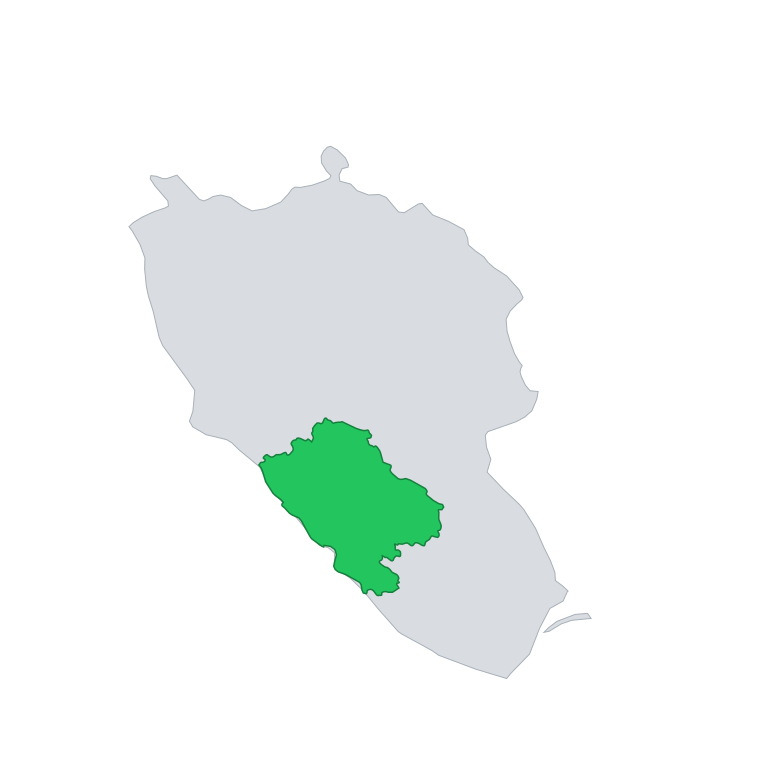 where Šiauliai sits in Lithuania, rotated 225°
{"feature_id": "LTU-1072", "entity_name": "Šiauliai", "entity_type": "County", "adm_level": 1, "iso_a3": "LTU", "parent_name": "Lithuania", "parent_adm1": "", "projection": "equal_earth", "projection_center": [23.21, 55.943], "detail": "fine", "context": "in_parent", "style": "filled", "palette": "green", "viewbox_px": 768, "rotation_deg": 225, "n_neighbors": 0, "source": "natural_earth", "source_scale": "10m", "svg_char_len": 6137}
<svg xmlns="http://www.w3.org/2000/svg" viewBox="0 0 768 768"><g transform="rotate(225 384 384)"><path d="M269.7,487.7L265.2,481.2L260.5,469.6L261.1,460.3L263.8,451.0L276.9,423.8L276.2,419.4L266.8,411.8L255.2,406.3L248.8,394.6L225.3,394.0L203.1,394.6L196.1,394.0L175.1,389.2L154.8,381.3L141.2,376.7L129.9,371.6L123.8,366.2L114.0,367.6L107.4,367.7L107.5,366.7L103.9,357.2L108.0,342.6L101.3,321.4L90.1,295.9L89.7,268.6L89.0,262.5L117.5,247.2L153.4,230.9L161.6,229.4L194.5,219.8L198.9,219.0L228.5,220.8L251.7,223.1L271.3,222.8L282.1,220.3L291.8,222.4L299.7,229.7L307.8,228.8L315.8,224.1L359.7,228.4L369.5,228.3L380.7,229.0L401.3,233.4L413.2,237.4L439.2,235.0L450.3,234.8L456.1,233.3L474.0,222.3L481.7,220.4L488.8,218.4L495.3,220.1L499.8,229.5L513.3,245.7L527.7,248.5L567.8,254.7L576.0,258.0L598.8,272.3L612.4,279.4L621.1,285.0L634.5,296.0L642.2,304.1L655.1,310.1L670.2,314.2L675.6,314.9L675.4,320.7L673.1,330.7L668.4,343.5L663.4,353.5L662.2,357.4L666.3,360.6L686.1,362.1L694.5,363.8L696.2,366.5L691.9,369.9L685.7,372.8L682.9,375.5L678.1,385.3L645.2,384.0L640.9,386.0L638.9,390.5L637.4,395.8L633.2,402.0L624.5,407.4L610.9,409.4L599.7,413.1L591.6,424.4L585.6,439.7L586.0,450.6L586.9,456.6L586.3,460.1L582.1,463.9L575.3,473.9L569.9,485.0L567.8,491.0L568.9,493.8L575.3,493.9L584.5,496.2L589.5,500.6L591.4,505.8L591.5,511.3L589.9,514.3L582.5,516.5L571.0,516.6L564.2,514.0L562.8,511.9L565.9,506.6L563.5,499.9L558.6,496.2L549.0,501.8L539.7,501.7L528.6,506.7L521.4,514.6L514.4,517.5L495.4,515.9L490.8,519.4L487.0,535.6L484.8,538.7L469.0,538.0L453.7,544.5L436.5,549.7L427.7,546.1L422.8,542.0L413.4,542.7L403.2,544.5L396.3,543.5L388.5,544.0L373.6,547.1L354.8,546.1L346.8,543.4L346.1,540.8L346.6,534.5L346.4,524.8L343.4,516.1L334.5,508.5L325.0,503.2L313.0,497.7L304.1,495.3L299.3,494.7L298.2,491.5L296.4,488.8L292.3,486.4L283.4,483.2L275.9,482.5L269.7,487.7ZM77.9,365.7L71.8,364.7L84.2,349.6L89.0,339.8L92.4,325.9L95.3,321.5L95.3,327.8L93.9,338.4L85.9,356.3L77.9,365.7Z" fill="#d9dde1" stroke="#a8b0b8" stroke-width="1"/><path d="M287.3,218.3L290.7,219.6L293.2,223.3L296.9,229.7L301.7,232.2L307.0,231.4L312.3,227.5L311.4,226.1L313.3,225.3L325.5,223.4L327.9,223.7L335.0,225.7L345.9,228.9L349.6,229.1L356.0,226.5L359.3,225.8L366.7,226.1L369.5,225.8L370.4,226.0L371.3,226.9L371.4,227.8L371.3,228.6L371.5,229.1L374.7,229.4L382.0,228.3L385.5,228.3L386.8,228.6L398.5,231.2L408.4,236.5L411.9,237.9L415.1,238.3L415.3,238.3L415.5,240.3L415.7,240.9L415.5,241.7L414.6,242.6L414.0,243.5L413.6,244.8L414.2,246.2L414.9,246.5L415.5,246.6L416.2,246.2L416.7,246.2L417.3,246.7L417.5,247.7L417.4,249.6L417.2,250.7L416.5,251.4L413.2,252.0L412.2,252.5L411.5,253.2L410.8,254.4L410.6,255.3L410.5,256.6L410.2,257.8L407.8,260.3L406.9,261.7L406.2,264.3L405.7,265.3L405.0,266.1L404.4,266.0L403.9,265.9L403.2,265.6L402.7,265.4L402.2,265.4L401.7,265.8L401.4,266.2L401.1,266.8L401.0,267.4L401.0,268.2L401.2,271.6L401.4,272.6L401.9,273.5L403.0,274.5L404.1,275.0L405.3,275.4L406.3,275.6L407.3,276.0L407.9,276.8L408.3,278.9L408.1,280.2L407.3,281.5L406.8,282.1L407.1,284.1L406.2,285.4L403.9,286.6L401.0,287.6L399.6,288.2L398.9,289.2L398.9,290.0L399.0,290.8L398.6,291.4L398.2,291.6L394.2,291.9L395.5,295.7L397.3,296.9L398.4,297.2L399.8,297.7L400.3,298.2L400.6,298.7L400.6,299.3L400.9,300.3L402.6,301.7L403.1,302.5L403.7,305.7L403.6,306.8L403.8,308.7L403.2,309.7L402.2,310.5L401.1,311.0L400.2,311.7L400.0,313.2L401.5,317.1L401.5,318.2L400.8,318.9L399.8,318.9L398.8,318.9L397.9,319.0L396.4,320.0L395.4,320.3L393.1,320.2L392.0,320.6L391.1,322.3L389.5,324.5L388.3,325.6L387.9,326.1L386.9,327.7L372.5,332.8L367.7,335.2L365.6,336.6L364.5,337.6L363.0,339.8L362.3,340.1L361.4,339.8L359.7,339.0L356.6,338.9L355.4,336.9L355.6,336.2L356.1,335.3L356.8,334.5L357.3,333.5L357.1,333.0L356.6,332.7L354.5,332.2L353.2,331.2L352.1,330.8L351.2,330.7L350.5,330.8L350.0,331.1L349.6,331.5L348.9,331.8L348.3,332.0L347.1,332.2L346.6,332.4L346.5,332.8L346.4,333.6L346.2,334.1L345.2,334.5L343.4,334.4L339.8,333.7L337.5,332.7L329.4,328.0L324.1,330.3L323.1,330.9L321.7,331.3L320.8,330.9L320.1,330.0L319.2,328.0L318.6,327.2L317.9,326.9L316.0,326.5L313.7,326.5L307.1,327.0L304.9,328.2L303.0,330.4L302.6,331.4L302.0,332.2L301.0,332.9L297.2,334.7L280.8,339.3L278.1,338.8L277.4,338.3L277.0,337.5L276.8,336.5L276.1,335.9L274.7,335.7L266.8,336.5L260.7,338.1L257.4,340.1L254.8,339.2L254.2,336.1L256.5,333.7L256.3,333.1L255.6,332.6L254.5,332.1L250.5,327.9L249.4,327.0L244.5,324.9L243.0,323.9L242.3,322.9L241.4,321.5L241.2,320.6L241.3,319.9L241.8,319.2L242.1,318.4L241.6,317.8L239.4,317.1L238.2,316.2L237.7,315.3L237.5,314.6L237.6,313.5L240.9,311.4L241.8,311.1L242.7,310.3L242.8,309.3L242.2,307.2L242.0,306.2L242.2,305.0L242.5,303.8L242.8,302.1L242.5,300.9L241.2,298.7L241.3,297.9L242.7,297.0L243.9,296.6L245.3,296.3L246.6,295.9L248.1,295.2L249.2,294.4L249.7,293.2L249.4,290.8L249.6,289.7L250.4,289.0L252.1,288.6L253.5,288.5L255.1,288.0L256.1,287.0L257.7,283.8L260.8,281.2L260.5,279.8L261.7,279.1L263.1,278.6L263.2,278.2L262.7,277.8L261.6,277.4L260.7,276.7L259.5,275.4L258.7,274.9L257.9,275.0L257.5,275.6L257.0,276.3L256.2,276.8L255.0,277.0L253.7,276.9L252.7,276.1L251.2,274.7L250.8,273.8L250.9,273.1L251.4,272.7L252.9,271.9L253.5,271.3L253.9,270.7L253.9,269.7L253.8,268.0L252.9,265.9L253.1,264.8L254.1,264.1L259.1,263.4L259.6,263.2L260.0,262.9L260.4,262.2L260.7,262.1L262.0,261.9L263.7,261.3L262.0,259.8L261.5,259.0L261.2,257.9L261.5,256.9L261.9,255.9L261.8,255.2L261.1,254.6L259.7,254.4L257.4,254.6L254.2,255.2L253.1,255.7L252.3,256.4L250.9,256.8L249.0,257.0L245.0,256.6L240.4,258.2L238.9,258.2L237.5,257.8L236.2,257.2L235.7,256.1L235.5,255.2L235.1,254.6L234.3,254.6L233.4,254.6L232.9,254.4L233.0,253.5L234.0,252.2L233.7,251.6L233.1,251.2L229.2,250.3L230.7,242.8L233.7,239.8L235.5,238.8L237.2,237.1L237.8,235.7L237.8,234.6L236.7,233.5L236.4,233.1L236.8,232.3L237.7,231.5L238.5,230.2L239.7,229.7L241.0,229.7L243.8,230.2L245.3,230.3L246.8,230.1L248.3,229.3L249.1,228.2L249.7,227.1L249.7,226.0L249.1,225.0L248.4,224.2L248.2,223.4L248.7,222.8L249.5,222.4L250.8,221.6L253.6,222.6L258.3,225.9L260.1,226.4L261.7,226.3L276.6,222.1L280.4,220.3L283.5,218.8L287.3,218.3Z" fill="#22c55e" stroke="#15803d" stroke-width="1.5"/></g></svg>